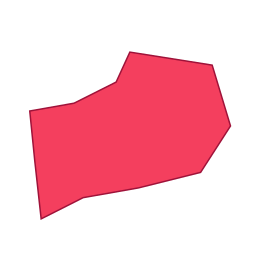 SVG path tracing the border of Mtarfa, rotated 170°
{"feature_id": "MLT-5922", "entity_name": "Mtarfa", "entity_type": "state/province", "adm_level": 1, "iso_a3": "MLT", "parent_name": "Malta", "parent_adm1": "", "projection": "robinson", "projection_center": [14.404, 35.886], "detail": "fine", "context": "isolated", "style": "filled", "palette": "rose", "viewbox_px": 256, "rotation_deg": 170, "n_neighbors": 0, "source": "natural_earth", "source_scale": "10m", "svg_char_len": 308}
<svg xmlns="http://www.w3.org/2000/svg" viewBox="0 0 256 256"><g transform="rotate(170 128 128)"><path d="M113.0,202.4L34.2,175.3L26.7,112.2L64.2,71.7L128.0,67.2L184.3,67.2L229.3,53.6L225.5,112.2L221.8,161.8L176.8,161.8L131.7,175.3L113.0,202.4Z" fill="#f43f5e" stroke="#9f1239" stroke-width="1.5"/></g></svg>